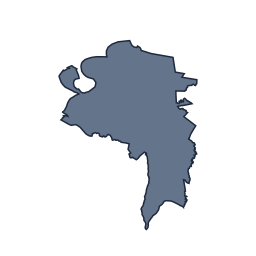 outline of Salsig, Maramures, Romania, rotated 206°
{"feature_id": "2599482B27757238737768", "entity_name": "Salsig", "entity_type": "district", "adm_level": 2, "iso_a3": "ROU", "parent_name": "Romania", "parent_adm1": "Maramures", "projection": "equal_earth", "projection_center": [23.276, 47.532], "detail": "fine", "context": "isolated", "style": "filled", "palette": "slate", "viewbox_px": 256, "rotation_deg": 206, "n_neighbors": 0, "source": "geoboundaries", "source_scale": "gbopen_adm2", "svg_char_len": 5688}
<svg xmlns="http://www.w3.org/2000/svg" viewBox="0 0 256 256"><g transform="rotate(206 128 128)"><path d="M164.8,207.3L174.7,201.1L179.1,196.4L181.3,191.9L181.2,187.9L179.7,184.7L178.2,182.7L187.3,178.4L191.1,175.9L194.0,173.4L196.4,170.9L197.4,168.8L198.0,167.1L198.0,165.4L197.5,163.5L197.1,162.5L194.6,158.9L193.1,157.9L191.0,156.8L188.4,156.1L185.9,156.0L180.7,156.9L179.4,156.3L177.2,155.1L176.4,153.9L175.7,150.4L179.2,143.5L181.5,141.5L182.7,140.2L184.9,139.6L186.2,139.8L189.5,141.4L190.9,140.6L191.4,140.7L193.9,141.5L194.8,142.0L196.3,143.9L196.9,145.1L197.1,146.0L197.1,147.7L196.4,149.1L193.7,151.2L195.3,153.3L196.3,154.3L200.0,157.5L199.8,158.7L204.1,158.9L204.9,159.3L205.9,159.3L208.7,156.0L207.9,156.1L207.0,155.9L208.4,154.8L209.8,152.5L210.9,151.2L211.5,151.5L212.5,146.5L212.7,144.4L211.9,143.4L208.0,139.7L204.9,138.1L202.3,137.2L193.7,137.1L192.2,136.8L189.7,137.3L187.0,137.1L187.1,136.8L187.7,136.3L189.3,134.5L190.7,132.1L192.5,129.4L192.7,129.0L193.1,126.9L193.2,124.1L192.7,120.2L192.8,115.9L193.5,114.3L193.7,114.0L193.7,113.6L192.5,113.3L189.0,113.1L187.9,112.6L187.2,112.1L189.5,111.7L191.5,110.7L191.3,110.4L190.4,110.2L190.7,109.1L191.3,108.3L191.2,107.6L191.8,105.9L183.3,105.4L180.2,105.5L176.9,107.9L175.1,108.2L171.5,107.7L163.3,104.3L161.0,104.0L159.2,104.0L158.1,104.3L156.8,105.0L157.5,107.3L157.0,107.4L155.8,109.2L155.5,109.5L155.0,109.6L153.9,109.3L152.8,110.3L152.0,110.4L150.8,109.7L150.6,108.9L150.3,108.6L149.4,108.4L147.0,108.8L146.9,109.0L146.7,109.8L146.4,110.2L145.9,110.2L145.4,109.8L144.6,109.9L143.7,111.1L143.6,112.3L143.1,113.5L142.1,113.4L141.0,113.7L139.3,112.7L138.1,111.8L137.2,110.5L136.7,110.3L136.3,110.4L134.9,111.8L134.5,111.9L133.8,111.6L132.8,112.1L132.1,112.7L131.2,112.6L130.4,112.3L128.9,112.7L128.1,112.2L127.8,112.2L123.4,113.6L120.0,114.3L118.6,108.9L114.6,106.6L115.7,105.0L115.3,104.5L114.3,103.9L113.9,102.9L112.8,102.3L112.3,102.7L111.4,102.9L111.1,103.7L110.9,103.7L106.7,103.1L106.1,104.0L105.5,105.8L105.1,108.0L102.7,113.5L101.0,113.3L100.6,113.5L100.3,113.2L100.2,112.9L100.5,112.9L100.8,112.5L100.7,112.0L100.5,111.7L100.0,111.8L99.5,111.7L99.2,111.3L98.8,111.2L98.6,110.9L98.0,110.7L97.5,109.5L95.9,107.3L95.0,104.9L93.9,104.1L93.8,103.6L92.4,101.5L92.4,100.9L92.1,100.3L91.4,99.1L90.9,98.8L90.3,97.0L90.0,95.4L89.0,93.9L88.2,93.6L87.7,92.7L87.0,92.5L86.8,92.1L86.8,91.3L86.0,90.1L85.9,89.1L85.2,87.9L85.1,87.2L85.2,86.9L85.0,85.5L85.1,84.8L84.6,82.2L84.4,80.7L83.4,77.8L83.4,76.6L83.1,76.0L82.9,75.1L83.2,73.9L81.4,71.4L81.5,69.9L81.1,69.1L81.2,67.7L80.7,66.9L80.8,66.3L80.6,65.8L80.5,65.2L80.4,64.5L80.7,63.4L80.8,61.8L80.7,60.8L80.4,60.4L79.5,60.0L79.1,59.0L78.6,58.6L78.3,58.1L77.3,56.3L76.4,55.6L75.7,55.3L74.4,54.1L73.1,51.9L71.7,51.3L70.3,50.1L69.8,49.3L68.9,45.9L68.0,45.1L67.1,44.8L66.6,46.3L66.5,47.4L67.2,49.8L67.9,50.8L68.3,52.6L68.3,53.2L67.8,55.6L67.8,56.6L67.2,59.0L67.3,59.9L65.8,62.4L65.2,63.9L64.7,67.3L64.7,68.2L65.3,70.6L65.4,71.5L63.9,74.4L63.6,75.6L63.4,77.5L63.2,78.1L61.7,79.5L57.9,81.0L56.2,81.4L53.4,81.5L48.3,81.4L47.8,81.2L44.6,81.4L43.4,81.0L43.6,81.4L43.3,82.4L43.4,83.8L43.7,84.0L43.4,84.3L43.7,84.7L43.6,85.6L43.3,86.2L44.0,86.9L44.3,87.0L43.9,87.7L43.7,87.7L43.3,87.7L43.3,88.9L43.6,88.7L43.9,88.9L43.9,89.1L44.2,89.3L44.5,89.7L44.8,89.3L45.3,89.2L45.6,89.8L45.8,91.5L45.7,91.8L45.1,92.1L45.1,92.3L45.9,92.3L46.9,91.7L47.2,91.7L48.0,94.0L49.1,95.2L49.2,95.9L48.7,96.3L49.6,97.8L55.4,105.9L53.8,106.2L53.4,105.7L52.6,105.6L52.2,105.1L51.9,104.9L50.0,104.7L49.7,104.9L48.9,105.0L49.4,106.4L49.4,107.8L49.9,109.5L50.5,110.2L51.4,110.5L51.5,111.2L52.5,112.3L53.2,112.8L53.6,113.3L53.6,113.8L53.8,114.1L54.8,114.9L55.1,115.5L55.8,117.7L55.8,118.0L55.2,118.7L55.5,119.6L55.4,120.2L55.0,120.9L54.4,121.2L54.8,121.6L54.7,122.2L55.1,122.6L55.1,122.8L55.2,123.1L55.3,123.8L54.8,124.1L55.2,124.3L55.2,124.7L54.7,124.9L55.2,125.4L54.4,125.8L54.5,126.1L54.8,126.1L55.1,126.3L56.1,126.3L55.8,126.6L55.9,126.8L56.5,126.7L56.5,127.0L56.2,127.2L56.9,127.8L56.3,128.1L56.3,128.7L55.8,129.3L56.2,129.7L55.2,130.0L55.1,130.3L55.5,131.1L55.4,131.9L56.0,132.6L56.4,132.3L56.7,132.5L55.7,133.1L55.8,133.9L55.2,134.5L56.2,134.8L56.3,134.9L55.4,135.0L55.3,135.3L55.9,135.6L56.1,135.7L56.6,136.3L57.4,136.3L58.3,136.5L58.0,136.9L58.1,137.5L58.8,137.6L59.0,138.1L58.4,138.6L58.4,138.8L59.0,139.0L59.0,139.7L60.4,140.4L60.6,140.5L60.7,141.2L61.0,141.4L60.3,142.2L60.4,142.6L61.3,143.1L61.6,143.2L62.1,143.7L62.4,143.6L62.6,143.4L63.2,143.4L63.6,143.2L64.2,143.7L65.2,144.2L68.6,144.6L68.9,145.2L68.8,145.5L68.5,145.7L68.9,148.7L68.9,150.6L68.6,154.4L68.6,155.1L68.1,159.7L82.8,162.7L81.2,168.0L82.7,168.0L83.3,168.5L83.3,168.9L83.4,169.2L84.7,169.0L85.3,169.2L85.9,168.9L86.4,168.9L86.6,169.0L86.9,169.5L87.3,169.6L87.7,168.9L88.8,168.8L89.1,167.9L89.5,167.6L90.4,168.0L91.2,168.1L92.0,168.8L92.8,169.2L89.4,171.8L88.6,172.2L85.9,174.2L81.1,177.9L82.3,178.3L83.4,178.3L85.7,178.6L85.9,178.4L86.3,178.6L86.9,178.5L90.0,179.6L90.7,178.6L90.8,177.9L90.2,176.6L89.7,176.0L89.7,175.8L90.2,175.6L92.1,176.4L92.6,176.4L92.7,176.0L92.5,175.6L91.3,175.1L91.3,174.7L91.7,174.4L93.2,174.8L93.6,174.7L93.8,174.4L93.6,174.0L92.7,173.1L92.9,172.5L93.8,171.9L95.1,172.3L95.6,171.9L99.5,178.9L101.2,182.3L93.1,186.0L93.2,186.5L92.4,187.5L92.3,188.0L92.8,188.8L93.0,189.3L92.3,190.6L92.9,191.5L92.9,192.0L90.2,193.9L89.4,194.2L89.1,195.3L88.6,195.8L87.9,196.0L86.9,195.6L86.0,195.7L85.9,195.8L86.1,197.2L85.6,197.8L87.3,201.6L99.2,198.0L101.9,197.4L101.2,201.5L110.0,199.0L118.5,211.2L139.7,205.1L150.2,203.5L151.0,204.5L152.0,205.3L154.0,205.8L155.2,205.8L155.4,205.8L155.3,204.3L155.4,204.2L157.9,203.5L159.6,203.7L160.4,203.9L161.6,204.6L164.8,207.3Z" fill="#64748b" stroke="#1e293b" stroke-width="1.5"/></g></svg>